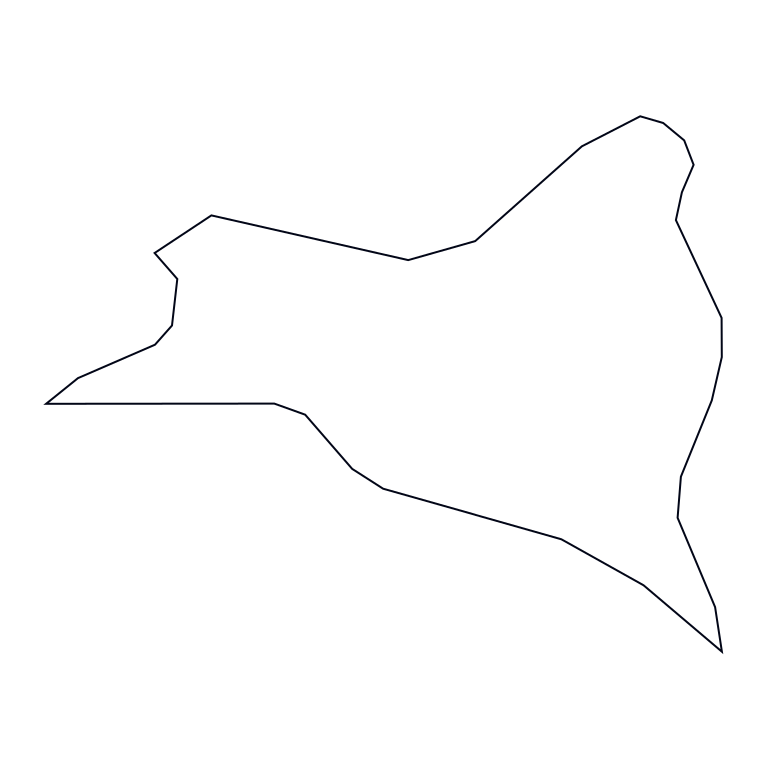 the Metropolitan department of Seine-Saint-Denis
{"feature_id": "FRA-5344", "entity_name": "Seine-Saint-Denis", "entity_type": "Metropolitan department", "adm_level": 1, "iso_a3": "FRA", "parent_name": "France", "parent_adm1": "", "projection": "natural_earth1", "projection_center": [2.47, 48.909], "detail": "fine", "context": "isolated", "style": "outline", "palette": "ink", "viewbox_px": 768, "rotation_deg": 0, "n_neighbors": 0, "source": "natural_earth", "source_scale": "10m", "svg_char_len": 508}
<svg xmlns="http://www.w3.org/2000/svg" viewBox="0 0 768 768"><path d="M46.1,403.8L78.0,378.1L155.0,344.7L172.0,325.5L177.3,279.0L154.6,253.0L211.4,215.4L408.2,260.1L475.2,241.1L581.9,146.3L640.2,116.3L663.2,123.0L684.2,140.4L693.6,164.8L681.9,192.3L675.9,220.1L721.6,317.9L721.8,357.1L711.8,400.4L680.9,476.7L677.6,517.8L715.1,607.1L721.9,651.7L643.6,585.3L561.4,539.3L475.5,514.9L475.0,514.7L383.1,488.7L352.2,468.9L305.2,414.7L274.3,403.6L46.1,403.8Z" fill="none" stroke="#020617" stroke-width="2"/></svg>